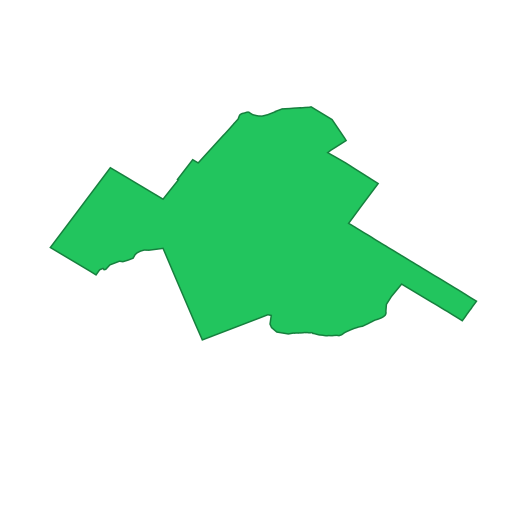 outline of Rasmiresti, Teleorman, Romania, rotated 338°
{"feature_id": "2599482B62512953612399", "entity_name": "Rasmiresti", "entity_type": "district", "adm_level": 2, "iso_a3": "ROU", "parent_name": "Romania", "parent_adm1": "Teleorman", "projection": "robinson", "projection_center": [25.58, 43.986], "detail": "fine", "context": "isolated", "style": "filled", "palette": "green", "viewbox_px": 512, "rotation_deg": 338, "n_neighbors": 0, "source": "geoboundaries", "source_scale": "gbopen_adm2", "svg_char_len": 4092}
<svg xmlns="http://www.w3.org/2000/svg" viewBox="0 0 512 512"><g transform="rotate(338 256 256)"><path d="M363.0,138.4L362.6,138.3L362.0,138.2L361.2,138.1L360.3,137.8L359.2,137.4L357.2,136.7L355.8,136.3L352.7,135.4L352.8,135.2L351.2,134.7L346.8,133.2L342.2,131.8L338.2,130.4L336.1,129.7L335.6,129.5L335.3,129.4L335.0,129.4L333.7,129.4L330.7,129.3L328.1,129.2L328.1,129.5L322.3,129.4L320.4,129.4L319.6,129.4L318.7,129.2L317.0,129.0L315.7,128.8L314.8,128.7L313.5,128.4L313.0,128.1L310.9,127.2L309.3,126.2L307.2,124.7L306.1,123.9L305.3,123.0L304.8,122.3L304.0,121.2L303.5,120.3L303.1,119.9L302.7,119.7L302.1,119.5L301.6,119.3L300.5,119.2L298.8,119.1L298.0,119.0L297.5,118.8L296.2,118.7L295.1,118.8L294.2,119.0L293.5,119.4L292.2,120.7L290.8,122.3L288.5,123.4L286.9,124.2L285.3,124.9L284.9,125.1L284.5,125.4L282.0,126.6L279.5,127.9L272.4,131.3L270.9,131.9L240.7,146.4L238.2,147.6L237.2,148.0L235.3,145.5L233.4,143.0L211.9,155.6L212.5,156.4L201.8,162.4L191.1,168.5L183.2,158.1L170.7,141.6L167.1,136.8L154.0,119.6L94.8,155.3L68.5,171.1L96.6,208.1L100.6,213.6L105.9,210.2L109.5,210.2L110.0,211.8L111.7,212.1L117.2,209.5L127.5,209.7L130.4,211.4L135.7,211.9L141.2,212.0L144.5,209.4L147.1,208.5L150.7,208.2L154.6,208.6L158.9,210.5L172.7,214.1L173.2,243.1L174.3,296.7L174.8,313.7L236.3,314.8L245.0,314.9L247.9,316.8L243.5,324.4L243.6,328.2L246.8,334.3L256.8,340.4L261.1,341.3L261.4,341.3L261.6,341.4L262.0,341.6L262.4,341.8L262.9,342.0L263.4,342.1L264.6,342.5L265.1,342.7L265.3,342.8L265.6,342.9L265.8,343.0L266.4,343.3L266.6,343.4L267.1,343.4L267.7,343.7L268.3,343.9L268.8,344.1L269.1,344.2L269.3,344.3L269.6,344.4L270.0,344.5L270.6,344.7L270.8,344.8L271.0,344.8L271.4,344.9L271.8,345.0L272.5,345.2L272.8,345.3L273.0,345.5L273.6,345.7L274.4,346.0L274.9,346.2L275.6,346.6L276.0,346.9L277.4,347.5L277.6,347.5L277.8,347.6L278.1,347.6L278.4,347.7L278.8,347.9L279.1,348.1L279.4,348.3L279.5,348.4L279.6,348.6L279.7,349.0L279.8,349.2L280.2,349.3L280.5,349.5L281.0,349.8L281.8,350.4L282.8,351.2L284.0,352.1L284.8,352.7L285.3,353.0L285.7,353.2L286.9,353.8L287.8,354.2L288.7,354.8L290.0,355.6L290.9,356.1L291.4,356.3L292.0,356.6L293.0,356.8L293.6,357.0L294.7,357.5L295.8,358.0L296.7,358.4L297.1,358.5L298.2,358.8L299.5,359.2L300.9,359.7L301.9,360.2L302.6,360.7L302.9,360.8L303.3,361.0L304.5,361.0L305.6,361.1L305.9,361.1L306.3,361.0L307.2,360.8L308.8,360.4L309.8,360.2L310.7,360.1L311.4,360.1L312.5,360.0L313.9,360.0L315.8,359.9L317.1,359.9L317.9,359.9L318.9,359.9L319.9,359.9L322.0,360.1L323.0,360.2L323.6,360.2L324.1,360.2L324.8,360.3L325.8,360.5L326.6,360.6L327.9,360.9L328.2,361.0L329.1,361.0L330.5,360.9L332.3,360.8L334.3,360.7L335.2,360.6L337.4,360.4L339.1,360.3L340.6,360.1L342.6,360.0L344.5,360.2L346.1,360.3L348.1,360.3L349.3,360.3L349.9,360.2L351.4,360.0L352.7,359.6L353.5,359.3L353.7,359.2L354.0,358.9L354.4,358.6L355.2,357.5L355.7,355.9L358.8,349.7L366.3,344.3L380.5,336.6L401.9,365.0L402.8,366.1L404.9,368.8L406.6,371.1L407.6,372.5L410.7,376.7L412.5,378.9L413.8,380.7L416.9,385.0L418.2,386.7L419.8,388.9L420.4,389.7L421.5,391.2L423.0,393.3L427.1,390.8L429.9,388.9L431.6,387.9L432.8,387.1L434.5,386.1L434.9,385.9L436.1,385.2L436.6,384.8L437.1,384.4L438.9,383.3L443.2,380.7L443.5,380.5L441.6,378.0L440.4,376.4L438.9,374.4L436.9,371.6L435.8,370.0L434.6,368.4L433.4,366.7L431.4,364.0L430.3,362.5L427.9,359.4L425.5,356.1L423.3,353.2L421.4,350.6L419.2,347.6L416.6,344.2L414.4,341.4L412.9,339.4L410.7,336.4L409.1,334.2L407.3,331.8L406.2,330.4L403.7,326.9L400.9,323.3L399.2,320.9L397.3,318.5L395.4,315.9L394.1,314.1L391.8,311.0L390.9,309.9L389.7,308.2L388.0,306.0L385.4,302.4L383.2,299.6L381.6,297.5L380.1,295.3L378.8,293.7L376.9,291.2L376.0,289.9L373.4,286.5L371.9,284.4L370.2,281.9L368.8,280.0L367.3,278.0L365.3,275.5L363.9,273.6L362.3,271.4L359.7,267.9L355.8,262.6L354.9,261.5L354.1,260.4L356.9,258.7L371.6,249.6L383.5,242.4L396.4,234.6L380.8,212.9L374.0,203.3L366.8,194.1L363.5,190.0L361.2,187.0L364.8,186.0L382.8,182.7L382.3,179.8L379.9,168.6L377.7,158.3L377.5,157.8L365.3,141.5L364.8,140.8L363.7,139.3L363.6,139.2L363.2,138.6L363.0,138.4Z" fill="#22c55e" stroke="#15803d" stroke-width="1.5"/></g></svg>